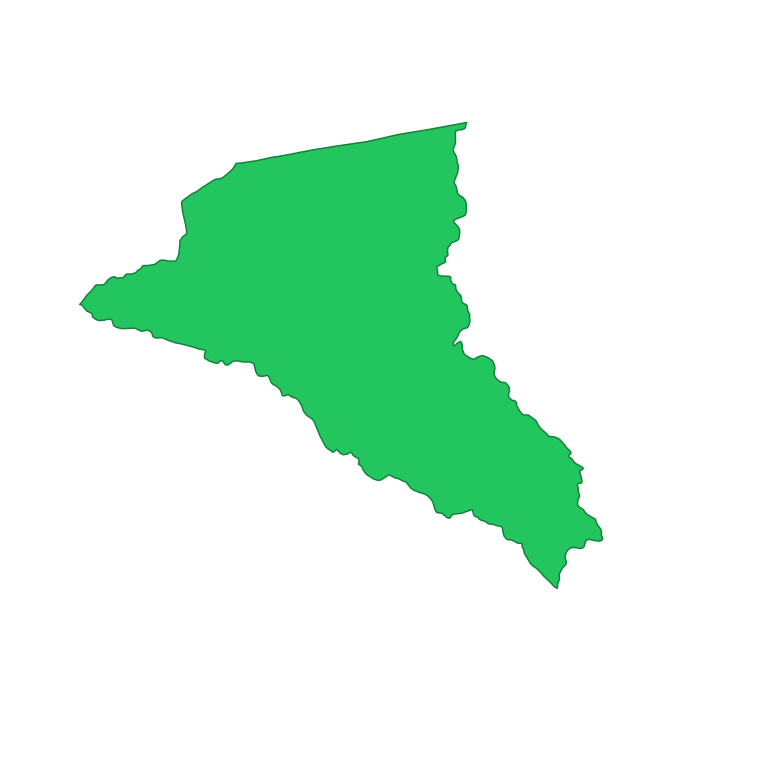 the district of Mwanza, Mwanza, Malawi, rotated 147°
{"feature_id": "42251766B31446962769453", "entity_name": "Mwanza", "entity_type": "district", "adm_level": 2, "iso_a3": "MWI", "parent_name": "Malawi", "parent_adm1": "Mwanza", "projection": "orthographic", "projection_center": [34.516, -15.608], "detail": "fine", "context": "isolated", "style": "filled", "palette": "green", "viewbox_px": 768, "rotation_deg": 147, "n_neighbors": 0, "source": "geoboundaries", "source_scale": "gbopen_adm2", "svg_char_len": 6171}
<svg xmlns="http://www.w3.org/2000/svg" viewBox="0 0 768 768"><g transform="rotate(147 384 384)"><path d="M388.5,649.4L389.8,648.5L393.5,646.9L398.6,645.7L407.4,644.9L409.8,645.4L413.1,647.3L415.5,647.7L429.9,647.8L436.2,647.4L441.4,648.1L450.4,647.6L454.1,647.1L455.1,646.2L459.1,638.1L463.7,625.5L467.4,617.4L472.5,617.2L477.2,615.2L479.3,612.1L485.2,604.9L488.3,602.3L490.7,601.0L491.9,600.7L493.1,601.3L498.2,604.8L501.0,607.6L503.1,609.1L505.6,609.6L510.8,609.2L512.1,609.5L518.1,612.3L521.3,614.4L522.7,614.4L524.9,613.1L528.8,613.4L530.1,612.8L532.7,612.7L536.3,614.0L539.5,616.1L540.8,616.5L544.4,615.3L545.7,615.7L550.1,618.2L551.0,619.0L551.2,620.3L552.3,621.2L554.8,621.9L558.8,621.7L563.7,619.9L565.2,620.1L567.5,621.2L569.7,622.9L571.0,623.6L572.3,623.8L578.2,621.7L584.9,620.3L592.1,617.5L595.7,616.5L594.6,614.9L594.2,613.6L593.5,607.1L590.8,602.7L590.8,601.4L591.8,599.1L590.7,595.6L589.2,593.2L588.2,592.3L583.7,589.8L580.0,588.7L577.9,587.1L577.4,585.9L577.6,584.5L578.8,580.8L578.7,579.5L577.4,577.2L574.9,574.4L572.8,572.6L563.8,567.3L561.8,565.8L560.0,562.1L558.3,560.1L553.2,558.1L551.7,556.0L551.1,554.8L551.0,553.6L551.8,549.7L551.6,548.6L550.8,547.5L549.8,546.5L545.5,544.1L544.5,543.1L540.7,537.5L536.6,532.2L532.8,528.6L527.2,522.6L521.8,516.3L520.3,514.2L516.3,510.6L515.7,509.5L515.8,508.2L517.8,507.3L520.0,504.3L520.4,503.2L517.7,498.1L514.7,494.2L513.0,492.5L511.9,491.9L508.3,492.5L507.2,491.9L506.8,490.7L506.6,486.8L505.9,485.7L503.7,484.8L498.6,485.3L496.0,484.4L493.9,482.8L490.3,479.3L484.8,475.7L482.9,473.5L482.3,472.2L482.4,470.9L484.7,464.5L485.1,460.4L484.6,459.2L483.8,458.1L481.6,456.6L478.0,455.1L476.9,454.3L476.6,453.2L477.8,446.7L477.6,445.4L476.6,442.9L475.2,440.4L474.3,436.4L474.2,435.1L475.1,431.0L475.6,429.8L474.9,428.8L473.8,428.2L471.3,427.6L470.2,427.1L469.5,426.1L468.6,423.6L467.9,422.5L466.0,420.6L465.4,419.5L464.7,417.1L464.6,414.5L464.9,410.7L466.1,405.8L466.3,403.3L465.8,399.6L463.3,393.5L463.1,390.8L466.0,375.1L467.1,363.1L466.4,360.4L464.8,356.8L464.3,355.0L463.3,354.3L459.7,355.0L459.1,353.9L458.5,350.0L457.3,347.6L456.4,346.7L452.9,345.2L450.4,345.1L449.2,344.8L448.6,343.7L448.7,340.6L446.4,335.9L446.1,334.7L447.2,332.5L449.0,330.8L447.8,327.2L447.7,326.0L448.2,323.6L448.3,321.1L447.8,317.3L444.4,309.9L441.8,306.7L439.6,305.5L438.3,305.1L429.2,305.2L426.0,299.4L423.3,296.5L420.6,291.8L418.9,289.9L418.2,282.2L416.8,278.5L413.6,274.1L410.1,269.9L408.2,266.5L407.3,261.1L407.3,258.5L409.6,251.1L409.8,248.5L409.5,247.2L405.7,243.9L405.2,241.4L404.6,240.4L404.0,237.9L403.4,236.8L402.3,235.9L401.1,235.8L398.9,236.9L397.7,237.0L396.4,236.8L389.4,233.4L379.5,230.9L378.4,230.2L380.0,225.5L379.9,224.2L379.5,223.0L377.8,221.1L377.9,219.9L377.6,218.6L377.1,217.4L373.9,213.5L373.0,210.9L372.3,209.7L371.5,208.8L369.4,207.4L366.1,203.3L363.3,200.6L362.9,199.3L364.0,197.0L365.9,192.1L366.1,190.8L365.9,188.2L365.5,186.9L363.8,184.9L362.6,184.6L358.2,177.2L356.1,176.2L355.2,175.2L356.9,172.0L357.1,170.8L356.7,169.5L357.8,167.6L358.6,165.1L358.9,153.0L358.3,150.5L356.7,146.7L355.5,141.8L354.5,135.1L352.6,127.4L351.7,122.0L350.9,119.6L350.1,118.5L349.0,119.3L347.4,121.4L346.5,122.3L343.4,124.5L342.7,125.4L340.9,128.7L339.9,129.5L335.1,132.3L330.0,133.5L329.0,134.3L328.1,135.1L327.6,136.3L327.1,138.9L325.7,141.0L322.8,143.5L320.6,144.5L319.3,144.8L316.2,144.9L313.0,142.9L309.3,139.4L307.0,138.4L305.7,138.3L304.6,138.8L300.6,142.2L298.2,142.7L295.8,141.4L293.1,138.4L289.1,135.0L286.7,134.3L285.5,134.6L284.7,135.6L284.3,136.8L284.2,138.6L283.4,139.5L281.6,142.7L281.3,143.9L281.4,147.6L282.0,148.7L281.3,151.1L281.4,152.3L280.5,154.7L280.6,155.9L281.1,157.0L283.0,160.4L284.9,164.8L285.3,167.2L285.2,169.7L285.4,170.9L287.1,174.2L287.4,175.4L287.3,177.7L284.2,181.4L281.1,183.2L280.5,184.4L279.7,188.0L277.7,191.0L277.1,193.3L276.5,194.4L275.4,194.9L273.3,193.8L272.1,193.5L271.1,194.1L268.9,199.7L267.9,203.3L267.3,204.4L263.7,204.2L262.8,205.1L264.1,208.5L266.6,212.9L267.2,215.3L267.1,219.0L268.3,221.2L268.4,222.4L267.6,223.4L266.4,223.8L265.2,223.8L264.6,224.9L264.4,226.1L265.5,231.0L265.8,234.8L266.7,241.0L267.6,243.5L268.9,245.6L270.6,247.5L273.6,249.6L274.2,250.7L275.2,255.6L276.3,259.1L276.9,262.8L277.1,265.2L276.6,268.8L276.7,271.3L280.0,279.6L282.2,280.8L284.1,282.4L284.8,284.8L284.9,287.3L284.4,293.5L283.0,297.0L283.2,298.2L283.8,299.2L284.9,299.9L285.6,300.9L286.2,303.2L286.3,305.7L285.7,306.7L281.6,311.1L280.8,313.4L280.8,314.6L281.1,317.7L281.5,318.9L283.3,320.7L284.4,321.3L285.1,322.3L286.1,324.5L286.8,327.0L286.9,329.4L286.4,331.8L285.8,332.9L285.2,333.9L282.6,336.5L281.4,338.7L280.3,343.5L280.5,344.8L282.4,349.4L285.2,353.5L287.2,354.7L288.5,355.1L290.9,355.6L294.5,355.7L295.6,356.2L297.6,358.7L300.1,364.4L300.4,365.6L299.4,370.3L297.0,374.5L296.4,376.9L296.7,378.1L301.0,378.3L304.5,377.6L304.7,378.9L304.2,380.0L303.2,380.7L301.0,381.9L297.4,383.2L292.0,386.6L288.4,387.1L287.2,387.0L283.6,385.9L282.5,386.1L280.3,387.4L277.7,390.0L277.0,391.0L276.0,393.3L274.5,395.2L274.1,396.3L274.1,398.8L273.7,400.0L271.6,404.3L271.9,405.6L273.7,408.8L274.0,410.7L271.8,415.0L271.5,416.2L272.2,420.0L272.4,422.5L271.8,424.9L270.1,428.2L271.6,430.1L271.9,431.3L271.8,433.7L271.6,434.9L270.9,435.9L269.9,436.7L270.1,437.8L270.7,438.9L278.0,444.0L279.4,446.1L279.0,447.2L277.1,450.4L276.3,452.7L275.3,453.5L269.2,453.2L266.8,452.7L265.7,453.1L264.6,455.2L264.4,456.4L263.2,456.9L260.8,456.9L259.8,457.7L258.9,460.0L257.5,462.0L256.7,463.0L255.1,464.1L253.3,464.3L251.2,465.4L249.9,465.5L245.0,464.5L242.6,464.7L238.4,469.2L236.5,472.4L236.3,476.1L237.4,482.2L236.4,483.0L233.9,483.2L232.7,483.0L230.2,482.3L225.1,481.4L223.9,481.5L221.0,483.8L216.9,490.1L215.9,493.7L216.2,497.5L217.9,500.7L218.5,503.6L216.2,509.4L215.9,510.7L215.5,514.4L214.9,515.4L213.9,516.3L207.3,521.0L203.3,525.6L202.4,528.0L201.8,530.5L200.5,532.6L199.4,536.1L199.0,541.0L198.1,543.3L194.9,545.4L192.2,548.0L186.9,556.4L185.8,557.0L183.1,556.4L179.6,554.7L177.1,554.4L176.0,554.8L174.3,556.7L172.3,558.3L208.6,573.4L235.6,585.2L266.6,596.7L293.9,609.3L314.3,618.3L348.0,632.1L354.3,635.1L369.4,640.7L383.1,647.0L387.7,649.5L388.5,649.4Z" fill="#22c55e" stroke="#15803d" stroke-width="1.5"/></g></svg>